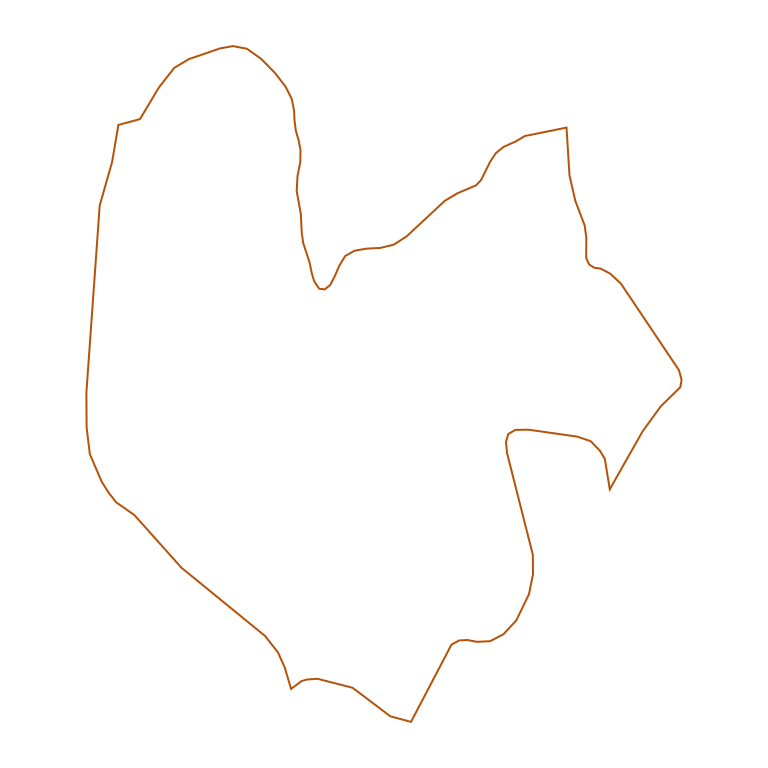 Thái Nguyên, Natural Earth projection
{"feature_id": "VNM-452", "entity_name": "Thái Nguyên", "entity_type": "Province", "adm_level": 1, "iso_a3": "VNM", "parent_name": "Vietnam", "parent_adm1": "", "projection": "natural_earth1", "projection_center": [105.891, 21.681], "detail": "fine", "context": "isolated", "style": "outline", "palette": "amber", "viewbox_px": 768, "rotation_deg": 0, "n_neighbors": 0, "source": "natural_earth", "source_scale": "10m", "svg_char_len": 1349}
<svg xmlns="http://www.w3.org/2000/svg" viewBox="0 0 768 768"><path d="M134.4,515.1L116.3,502.4L108.7,492.8L101.7,481.7L89.8,454.0L86.6,427.2L86.4,392.4L99.7,205.5L112.1,162.0L118.4,124.9L140.0,119.1L159.0,87.3L174.3,67.8L188.9,59.1L220.0,48.4L233.0,46.1L247.0,48.8L261.2,58.9L275.1,73.1L285.7,86.9L291.8,99.1L294.1,110.8L294.5,120.4L295.8,130.6L298.6,140.2L300.5,149.9L300.3,162.2L297.5,176.0L296.7,191.0L300.8,214.0L301.8,233.3L303.2,243.0L309.7,262.9L311.7,272.9L314.2,281.3L319.2,288.7L324.7,289.4L330.3,284.9L334.9,275.9L339.4,265.5L345.2,256.0L354.3,250.8L366.1,248.7L380.4,247.9L393.7,244.7L406.7,236.3L444.8,200.8L457.2,193.4L475.9,185.4L481.0,180.2L490.0,162.0L495.8,153.2L503.7,146.8L515.8,141.4L524.9,136.0L566.5,127.6L569.5,175.5L575.3,200.8L584.7,225.6L586.3,237.3L586.2,258.1L589.1,264.4L594.1,267.7L600.7,268.6L610.2,273.7L620.9,283.6L678.9,370.1L681.6,379.9L680.3,387.2L660.8,406.3L642.6,431.3L609.8,489.3L604.8,458.7L599.9,450.7L590.7,441.2L577.1,436.6L528.5,429.7L515.4,429.9L508.3,434.0L506.0,441.9L507.0,452.9L532.8,554.6L533.0,574.4L529.0,594.1L516.3,620.4L503.4,634.3L490.1,641.2L476.8,641.8L467.3,640.0L459.0,640.5L451.5,644.6L411.0,721.9L390.3,716.3L352.6,687.8L317.6,678.8L307.0,679.5L301.5,681.1L291.1,688.9L284.7,667.4L278.0,652.5L265.2,636.1L181.4,567.7L134.4,515.1Z" fill="none" stroke="#b45309" stroke-width="2"/></svg>